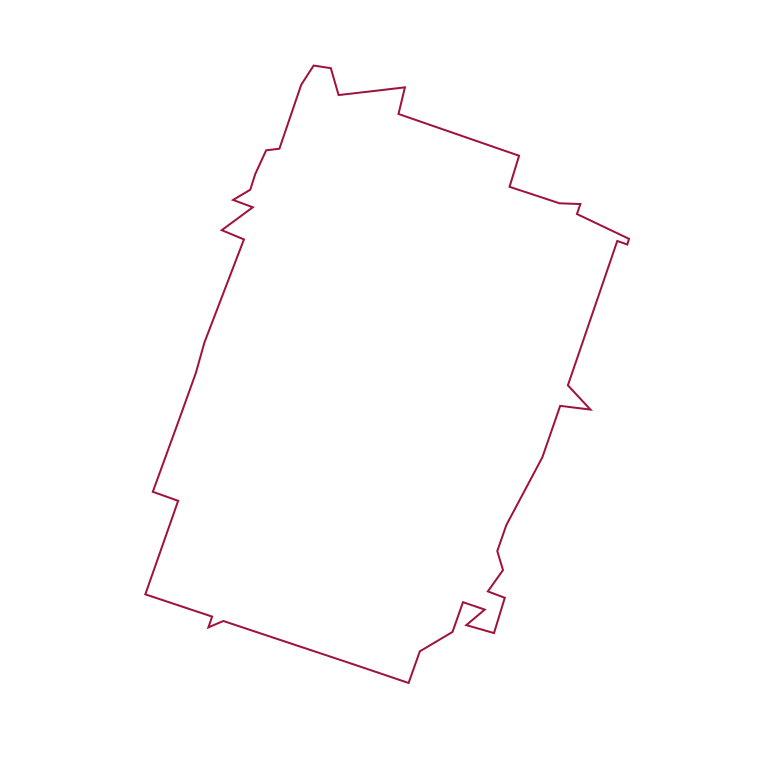 Gordon, Georgia, United States of America, rotated 109°
{"feature_id": "52423323B80353605077472", "entity_name": "Gordon", "entity_type": "district", "adm_level": 2, "iso_a3": "USA", "parent_name": "United States of America", "parent_adm1": "Georgia", "projection": "equal_earth", "projection_center": [-84.883, 34.509], "detail": "fine", "context": "isolated", "style": "outline", "palette": "rose", "viewbox_px": 768, "rotation_deg": 109, "n_neighbors": 0, "source": "geoboundaries", "source_scale": "gbopen_adm2", "svg_char_len": 753}
<svg xmlns="http://www.w3.org/2000/svg" viewBox="0 0 768 768"><g transform="rotate(109 384 384)"><path d="M660.6,541.2L659.9,470.8L671.3,470.8L660.4,458.8L659.0,319.1L658.7,263.4L625.1,263.1L596.1,238.5L564.6,238.3L564.5,215.3L585.2,227.7L583.7,198.9L546.8,200.2L546.3,218.3L521.2,210.9L505.1,222.5L477.5,222.4L401.7,210.4L347.3,210.3L341.0,180.5L325.4,209.7L172.8,210.0L172.9,199.4L167.0,199.6L160.5,256.9L149.9,256.9L156.0,276.9L156.7,329.5L124.2,330.6L124.0,458.2L96.7,460.8L125.6,521.0L102.7,537.1L105.8,554.2L128.0,559.7L195.6,559.5L201.4,571.5L227.5,574.1L243.8,573.7L259.1,586.6L259.6,565.6L291.4,587.5L292.9,563.5L403.1,567.3L434.8,565.5L481.5,566.1L561.2,567.5L561.5,540.6L660.6,541.2Z" fill="none" stroke="#9f1239" stroke-width="2"/></g></svg>